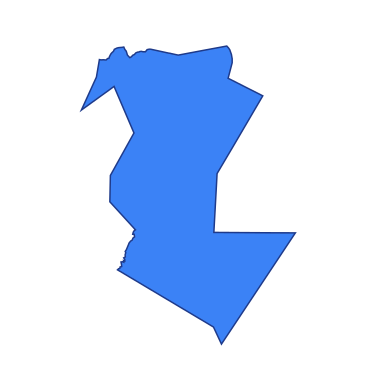 the district of Canavieira, Piauí, Brazil, rotated 350°
{"feature_id": "56859067B30232398883720", "entity_name": "Canavieira", "entity_type": "district", "adm_level": 2, "iso_a3": "BRA", "parent_name": "Brazil", "parent_adm1": "Piauí", "projection": "natural_earth1", "projection_center": [-43.636, -7.584], "detail": "fine", "context": "isolated", "style": "filled", "palette": "blue", "viewbox_px": 384, "rotation_deg": 350, "n_neighbors": 0, "source": "geoboundaries", "source_scale": "gbopen_adm2", "svg_char_len": 1305}
<svg xmlns="http://www.w3.org/2000/svg" viewBox="0 0 384 384"><g transform="rotate(350 192 192)"><path d="M105.1,255.7L189.7,328.7L192.8,340.2L193.6,343.2L194.6,346.9L286.7,250.2L261.7,245.7L206.5,235.6L217.3,189.4L219.9,178.2L240.9,153.7L278.4,109.6L248.8,87.4L247.3,86.3L254.0,71.7L254.7,67.8L254.7,63.4L253.9,58.5L253.0,56.5L251.6,54.3L227.8,54.5L202.2,54.8L195.6,52.1L194.5,51.6L193.2,51.2L176.1,44.2L174.6,43.9L172.5,44.0L170.5,45.8L168.1,45.4L166.6,44.7L165.1,44.6L164.0,44.9L162.8,44.8L160.9,45.2L159.1,46.6L157.2,47.1L156.0,48.2L154.1,48.9L152.2,46.0L151.7,41.9L150.6,39.9L150.0,37.4L148.2,37.4L146.2,37.2L144.6,37.1L143.1,37.2L140.3,38.0L139.1,39.8L137.2,41.0L136.2,41.8L135.3,42.9L134.1,44.5L133.4,45.9L131.9,45.9L130.6,47.0L129.5,46.9L127.8,46.4L125.2,46.1L123.8,45.5L117.8,62.3L114.4,67.2L97.3,92.1L133.6,74.5L134.1,76.8L145.1,123.8L114.5,161.5L109.4,187.4L129.7,219.4L128.5,219.9L127.2,221.3L126.3,223.3L127.7,223.6L127.6,226.3L125.9,227.1L124.7,229.0L123.0,229.7L121.1,231.4L120.3,232.8L119.5,234.0L118.5,235.6L117.2,237.6L115.9,238.9L116.2,240.3L115.2,242.3L115.1,244.3L113.3,245.0L114.1,246.6L113.8,248.3L112.7,247.6L112.6,249.3L111.4,248.6L109.9,248.6L110.0,250.9L109.8,253.2L108.2,253.3L107.6,254.7L106.4,254.8L105.1,255.7Z" fill="#3b82f6" stroke="#1e3a8a" stroke-width="1.5"/></g></svg>